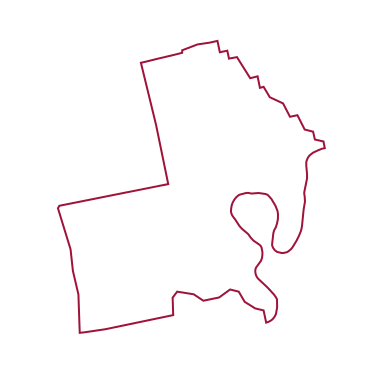 outline of New Madrid, Missouri, United States of America, rotated 348°
{"feature_id": "52423323B13750065004346", "entity_name": "New Madrid", "entity_type": "district", "adm_level": 2, "iso_a3": "USA", "parent_name": "United States of America", "parent_adm1": "Missouri", "projection": "albers", "projection_center": [-89.531, 36.604], "detail": "fine", "context": "isolated", "style": "outline", "palette": "rose", "viewbox_px": 384, "rotation_deg": 348, "n_neighbors": 0, "source": "geoboundaries", "source_scale": "gbopen_adm2", "svg_char_len": 1847}
<svg xmlns="http://www.w3.org/2000/svg" viewBox="0 0 384 384"><g transform="rotate(348 192 192)"><path d="M237.4,335.2L240.4,334.8L243.1,333.9L245.2,332.6L247.1,330.9L248.7,328.9L251.2,322.8L252.7,315.4L252.8,314.7L252.4,312.9L250.9,309.4L246.0,301.1L238.6,290.5L237.8,288.6L237.3,286.8L237.2,284.8L237.4,282.6L238.1,280.5L239.2,279.0L245.1,273.7L246.0,272.3L246.8,271.0L247.8,268.1L248.4,265.4L248.5,260.9L248.0,259.1L247.1,257.7L242.0,252.3L239.9,248.8L238.3,245.0L233.4,238.6L231.7,235.8L230.9,234.0L228.5,227.8L226.7,223.9L226.2,222.3L226.0,219.5L226.8,216.5L228.1,213.2L229.6,210.8L231.8,208.3L234.2,206.3L237.0,204.8L238.6,204.5L245.0,204.2L247.2,204.7L248.8,205.5L250.6,206.0L256.8,206.8L263.4,209.2L265.1,210.3L265.8,211.1L268.3,215.5L270.7,222.6L271.7,228.3L271.5,231.6L270.4,236.3L268.7,240.3L266.7,243.9L264.4,246.5L263.1,249.0L262.6,250.4L259.7,259.1L259.3,260.6L259.4,262.0L259.8,263.7L260.9,266.2L262.8,268.3L267.0,270.3L269.1,270.7L272.3,270.6L273.9,270.1L277.1,268.4L279.1,266.7L284.1,261.4L287.3,257.4L290.1,253.3L291.4,250.9L292.5,248.2L297.5,232.5L300.5,224.9L301.3,219.8L301.4,217.4L301.7,215.7L307.3,202.8L308.2,198.8L309.3,189.7L310.0,186.6L310.4,185.6L312.3,182.8L314.7,180.6L318.6,178.7L324.1,177.4L328.2,176.7L331.0,176.7L331.1,169.9L323.1,166.2L323.0,158.2L315.2,154.3L311.1,138.8L303.5,138.8L299.5,124.3L287.8,115.5L283.9,104.0L280.1,104.2L280.2,92.5L272.6,92.8L264.0,69.4L255.9,69.2L255.9,61.1L248.3,61.1L248.3,49.5L240.6,49.6L228.0,48.8L211.9,51.3L211.3,53.8L203.8,54.1L186.2,54.5L174.6,54.9L168.9,55.0L170.8,118.8L170.4,179.3L59.4,177.9L57.5,180.0L61.3,222.8L59.1,244.4L59.6,268.6L52.9,306.4L57.8,306.9L78.4,308.2L148.0,308.5L151.1,291.3L156.8,286.4L172.4,292.4L180.5,300.7L196.6,300.8L209.0,295.3L217.0,299.2L220.7,310.4L229.6,319.0L237.4,322.7L237.4,335.2Z" fill="none" stroke="#9f1239" stroke-width="2"/></g></svg>